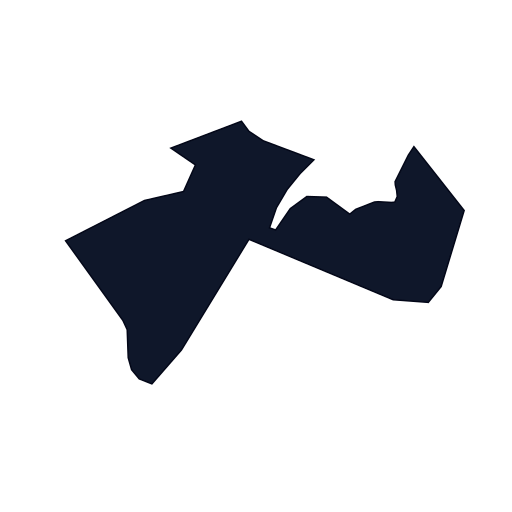 the Highly Urbanized City of Cagayan de Oro, rotated 19°
{"feature_id": "PHL-5531", "entity_name": "Cagayan de Oro", "entity_type": "Highly Urbanized City", "adm_level": 1, "iso_a3": "PHL", "parent_name": "Philippines", "parent_adm1": "", "projection": "orthographic", "projection_center": [124.653, 8.399], "detail": "fine", "context": "isolated", "style": "filled", "palette": "ink", "viewbox_px": 512, "rotation_deg": 19, "n_neighbors": 0, "source": "natural_earth", "source_scale": "10m", "svg_char_len": 685}
<svg xmlns="http://www.w3.org/2000/svg" viewBox="0 0 512 512"><g transform="rotate(19 256 256)"><path d="M198.4,133.3L208.7,140.4L225.2,144.7L279.4,146.2L270.9,163.6L263.8,183.0L259.6,203.7L259.6,225.0L266.1,225.0L273.0,200.0L284.7,183.2L303.5,177.4L331.0,185.9L335.1,179.4L350.4,166.4L353.8,164.9L366.5,161.3L369.7,159.9L370.2,153.8L367.6,148.2L364.6,143.5L363.3,140.4L367.2,111.0L369.7,101.2L438.0,145.2L441.0,224.6L434.0,243.8L433.8,243.8L399.9,252.7L243.9,242.5L216.1,369.1L199.2,410.8L185.6,410.2L175.4,404.0L168.3,393.8L158.2,367.6L151.2,360.3L71.0,303.6L132.5,239.8L166.5,218.6L169.1,189.6L140.4,181.7L198.4,133.3Z" fill="#0f172a" stroke="#020617" stroke-width="1.5"/></g></svg>